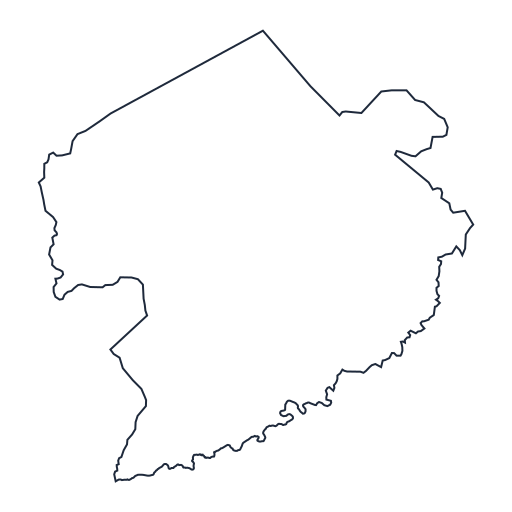 the district of Rafaï, Mbomou, Central African Republic
{"feature_id": "33826404B37622790924059", "entity_name": "Rafaï", "entity_type": "district", "adm_level": 2, "iso_a3": "CAF", "parent_name": "Central African Republic", "parent_adm1": "Mbomou", "projection": "albers", "projection_center": [24.169, 5.748], "detail": "fine", "context": "isolated", "style": "outline", "palette": "slate", "viewbox_px": 512, "rotation_deg": 0, "n_neighbors": 0, "source": "geoboundaries", "source_scale": "gbopen_adm2", "svg_char_len": 6065}
<svg xmlns="http://www.w3.org/2000/svg" viewBox="0 0 512 512"><path d="M262.9,30.7L110.6,113.5L100.1,121.0L85.5,130.9L77.5,134.1L72.6,141.1L71.1,149.2L70.2,153.4L62.1,155.4L56.5,155.7L53.2,152.6L49.2,154.6L48.5,159.4L47.2,162.3L44.3,163.8L44.3,168.2L44.1,172.0L44.3,177.7L38.8,182.5L40.6,186.4L41.8,192.4L43.5,200.0L44.2,204.4L45.5,210.8L53.1,217.1L56.4,222.1L55.8,224.9L54.4,228.1L54.6,230.3L56.5,232.4L57.0,234.0L56.5,235.2L54.5,235.6L52.3,237.6L53.6,244.3L50.5,247.4L49.1,254.5L52.5,260.3L52.1,264.9L56.2,268.7L59.8,270.0L62.5,271.6L63.1,274.4L60.6,277.5L57.4,278.6L55.4,278.7L56.5,283.4L53.6,287.0L53.7,292.0L55.4,296.8L59.6,299.6L62.7,299.0L64.5,294.7L67.7,291.9L71.5,290.9L74.1,288.2L78.1,285.0L81.9,284.4L90.2,287.0L102.6,287.3L105.3,285.1L112.7,284.8L117.5,281.9L120.3,277.3L131.5,277.5L137.9,279.2L142.9,284.6L143.6,298.7L144.8,305.0L145.4,310.6L147.1,315.5L110.4,349.5L113.7,354.0L119.6,357.7L122.8,368.2L132.8,380.2L141.4,388.9L144.8,396.8L146.1,400.1L145.9,406.1L137.6,415.9L135.6,422.1L135.3,429.2L132.1,434.5L127.4,439.8L127.0,444.4L123.7,450.2L121.4,457.0L119.1,458.2L118.2,460.7L118.7,464.2L116.7,465.0L116.8,466.8L117.2,468.8L117.3,470.6L115.1,471.6L114.2,474.3L115.7,481.3L118.5,479.7L119.0,479.5L120.7,479.5L121.9,480.1L124.6,479.7L126.3,479.8L127.5,479.4L128.0,479.8L128.3,479.9L129.3,479.9L131.4,478.7L131.9,478.2L133.0,477.9L133.5,477.7L135.3,475.9L135.8,475.7L136.7,475.4L137.5,474.9L138.0,474.8L139.9,474.7L142.8,474.8L145.1,475.2L147.2,475.6L148.4,475.7L149.8,475.6L152.0,475.0L152.7,474.9L153.3,474.6L153.7,474.0L154.2,472.6L155.3,471.7L156.0,470.6L156.9,470.1L157.7,469.1L158.5,468.8L159.1,468.1L161.8,466.7L163.7,464.5L164.3,464.1L164.9,464.0L166.0,464.0L166.4,464.2L167.8,465.3L168.3,466.3L168.6,468.0L168.8,468.3L169.0,468.6L169.8,468.9L170.6,468.6L171.4,468.0L173.4,468.0L173.6,467.8L174.0,467.1L176.1,465.8L177.2,464.7L178.0,464.4L178.5,464.6L179.1,465.1L181.0,464.9L181.8,465.2L182.9,466.3L183.2,467.3L183.4,467.5L185.0,467.5L185.7,467.9L187.2,467.7L189.2,468.1L190.3,468.7L191.4,469.5L192.0,469.6L192.8,469.6L193.4,469.2L193.7,468.7L193.9,468.1L193.6,466.3L193.6,465.2L194.0,463.6L193.7,462.8L193.4,462.5L193.1,461.9L192.7,461.7L192.1,461.1L192.1,460.8L192.1,460.5L193.0,459.5L192.9,457.3L193.5,455.8L194.1,454.9L194.9,454.8L195.8,454.8L196.6,454.6L197.2,454.7L197.9,455.0L199.8,454.3L200.1,454.5L200.3,454.8L200.7,454.9L200.9,454.7L201.4,455.2L201.9,455.3L202.2,455.3L202.3,455.1L202.1,454.8L202.2,454.7L202.7,454.7L202.9,455.1L204.0,455.9L204.6,457.2L204.8,457.4L205.4,457.1L205.6,457.2L206.0,457.9L206.3,457.9L207.4,457.6L208.6,457.7L209.3,458.0L210.2,458.0L211.0,457.2L212.4,456.6L213.7,456.6L214.1,456.5L214.5,454.9L214.3,453.0L214.1,452.4L214.2,452.2L214.6,452.4L214.9,452.3L215.2,451.7L215.6,451.5L217.0,450.8L218.3,450.5L220.2,449.1L220.8,448.4L221.9,448.2L223.1,447.6L226.6,445.4L227.4,445.0L227.9,444.9L229.7,445.4L229.9,445.7L230.2,446.6L230.6,447.2L231.7,448.2L232.6,448.6L233.0,449.7L233.7,450.3L235.2,450.8L236.0,450.9L237.2,450.8L238.2,450.1L239.3,450.0L239.8,449.8L240.2,449.3L241.8,446.1L242.5,444.0L243.0,443.1L243.4,442.7L247.0,440.3L248.4,439.6L251.6,436.9L253.5,436.7L254.5,436.0L254.8,435.9L256.0,436.5L257.3,436.2L257.6,436.3L258.3,436.7L258.7,437.1L258.5,438.1L257.6,439.5L257.3,440.1L257.5,440.7L257.8,440.9L258.9,441.4L259.9,441.6L260.8,441.5L262.0,441.2L263.2,441.2L263.5,441.1L263.9,440.6L264.6,439.1L265.2,438.1L265.3,437.3L264.3,435.1L263.2,433.5L263.2,432.3L263.8,431.0L265.2,429.2L265.9,428.7L266.4,427.5L266.7,427.2L268.4,426.4L269.4,425.7L270.7,426.0L271.9,425.6L273.0,425.5L275.4,426.2L276.5,425.7L278.0,424.2L278.5,423.9L279.0,423.8L280.2,424.0L281.2,424.0L281.6,424.1L283.0,425.0L283.4,425.0L284.8,424.5L285.5,424.5L286.2,424.1L286.8,422.6L287.2,422.1L288.4,421.5L289.4,421.2L290.4,420.4L291.9,419.6L292.9,418.5L293.0,417.8L292.9,417.3L292.8,416.6L292.4,416.1L290.8,414.7L289.9,414.2L289.2,414.1L287.8,414.5L287.4,414.8L286.4,415.8L283.5,416.2L281.0,415.0L280.1,413.1L280.3,412.1L280.8,411.3L281.7,410.9L283.6,410.6L284.7,410.2L285.1,409.8L285.3,404.5L286.0,403.6L286.8,401.9L287.3,401.4L288.0,400.8L289.0,400.6L290.2,400.8L292.8,401.9L294.0,402.3L295.6,403.1L297.8,405.4L298.0,406.5L297.8,407.7L298.0,408.4L299.1,409.4L299.7,410.6L300.7,411.9L301.7,412.6L302.9,413.7L304.1,413.5L304.8,413.0L305.5,411.5L305.6,409.8L305.5,409.1L304.4,407.7L303.6,406.9L303.2,406.3L303.0,405.5L303.2,404.8L303.8,404.3L304.5,404.1L305.9,403.3L306.8,403.1L307.7,402.6L308.4,402.5L309.2,402.6L310.3,403.2L315.0,405.0L316.1,405.1L317.1,403.3L319.0,402.0L321.8,403.0L324.3,405.2L327.4,406.1L330.2,404.7L331.2,402.6L330.9,400.8L326.4,399.6L326.3,397.2L327.1,394.3L325.8,390.6L327.6,387.8L329.3,387.1L333.3,390.7L334.4,387.9L333.9,385.2L335.6,383.3L336.7,381.3L337.4,378.9L337.4,375.5L340.2,373.4L342.4,369.6L344.3,370.8L347.0,371.5L360.4,371.7L363.5,372.8L366.0,370.9L369.6,367.1L371.8,365.2L375.3,364.0L381.1,367.1L382.7,360.5L385.0,360.1L389.3,358.1L391.9,353.0L394.1,353.1L396.6,355.7L400.5,355.7L401.4,354.2L402.4,350.9L402.3,347.2L401.6,344.0L400.9,341.8L402.9,341.5L405.0,342.6L404.8,340.1L407.2,337.5L409.5,337.3L410.2,335.1L408.3,332.6L410.6,330.7L415.9,333.3L418.0,331.5L420.8,331.1L424.4,328.5L421.5,325.1L420.6,323.1L422.3,321.3L424.0,321.3L428.7,319.7L429.8,317.7L433.8,315.0L434.9,306.7L436.5,306.3L439.8,302.9L437.8,301.0L436.0,299.7L438.2,298.3L439.1,295.9L437.4,294.1L436.5,290.8L436.5,287.8L438.7,286.0L438.5,282.3L436.5,279.8L438.7,276.1L439.4,271.3L439.2,266.8L441.0,264.0L441.2,261.3L438.1,260.0L438.3,257.4L441.9,256.7L445.6,254.5L451.9,253.5L456.3,246.4L459.8,250.1L462.3,255.2L465.1,248.6L465.8,234.5L470.1,228.0L473.2,224.6L465.0,210.8L453.2,212.7L450.6,209.6L449.3,203.3L441.3,198.0L442.2,192.7L440.7,188.9L437.3,188.2L432.9,189.6L428.7,182.5L395.1,154.7L396.6,151.0L400.6,151.9L411.5,155.8L415.5,156.3L421.2,151.3L426.8,149.1L430.5,148.0L432.6,136.9L442.8,136.7L446.4,134.9L447.7,127.3L444.2,118.9L438.5,116.0L423.9,102.3L415.1,100.0L406.5,90.3L391.9,90.3L381.3,91.5L361.4,113.0L345.7,111.5L342.3,112.0L339.5,115.5L310.4,86.2L262.9,30.7Z" fill="none" stroke="#1e293b" stroke-width="2"/></svg>